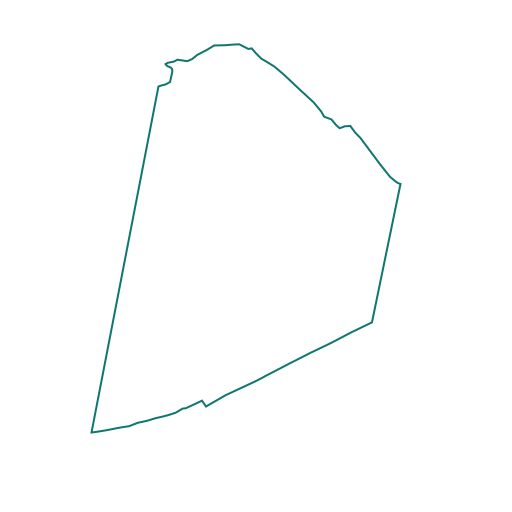 the district of Tesker, Zinder, Niger, rotated 191°
{"feature_id": "23599985B16015640173227", "entity_name": "Tesker", "entity_type": "district", "adm_level": 2, "iso_a3": "NER", "parent_name": "Niger", "parent_adm1": "Zinder", "projection": "robinson", "projection_center": [11.083, 15.833], "detail": "fine", "context": "isolated", "style": "outline", "palette": "teal", "viewbox_px": 512, "rotation_deg": 191, "n_neighbors": 0, "source": "geoboundaries", "source_scale": "gbopen_adm2", "svg_char_len": 1025}
<svg xmlns="http://www.w3.org/2000/svg" viewBox="0 0 512 512"><g transform="rotate(191 256 256)"><path d="M276.3,98.7L275.0,99.9L259.2,113.6L230.9,134.2L222.1,141.4L203.2,156.4L183.7,171.6L165.8,184.9L148.2,199.0L129.5,213.0L127.9,354.3L130.7,354.7L133.2,355.8L139.7,359.4L151.5,369.5L165.7,382.4L176.0,391.8L182.0,395.9L188.2,401.6L193.5,400.3L198.2,397.4L201.8,399.4L208.1,404.5L215.6,405.7L219.5,410.2L228.7,417.8L243.2,426.7L263.0,439.2L274.0,445.4L283.1,448.9L288.4,450.7L295.2,455.3L299.8,459.0L303.1,457.8L312.8,460.6L318.7,459.2L326.5,457.0L337.2,454.7L343.0,449.4L351.9,442.3L352.4,441.8L353.0,441.0L356.3,437.1L360.7,434.1L370.6,433.7L373.6,431.2L379.5,428.8L381.4,427.1L379.6,425.6L376.0,424.8L374.0,423.5L373.3,420.8L373.6,410.4L377.4,407.2L380.9,405.6L384.1,403.8L383.8,51.4L379.4,52.8L369.1,56.6L358.6,60.9L353.3,62.9L348.1,64.7L340.3,69.7L331.8,73.3L323.1,77.9L318.0,80.1L312.1,82.9L305.1,86.7L298.9,92.2L295.8,93.2L285.3,100.8L281.4,103.7L276.3,98.7Z" fill="none" stroke="#0f766e" stroke-width="2"/></g></svg>